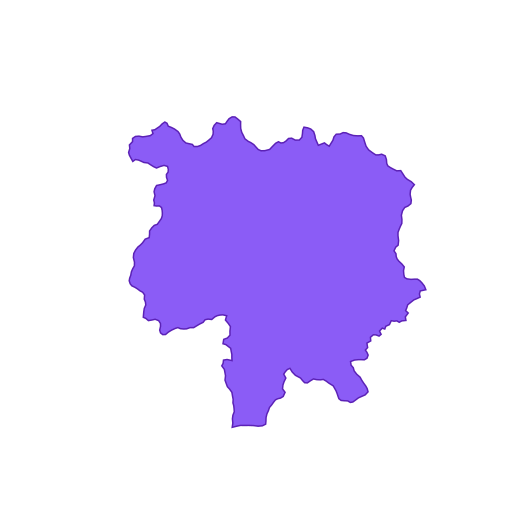 Três Corações, Minas Gerais, Brazil, rotated 32°
{"feature_id": "56859067B1286472531500", "entity_name": "Três Corações", "entity_type": "district", "adm_level": 2, "iso_a3": "BRA", "parent_name": "Brazil", "parent_adm1": "Minas Gerais", "projection": "albers", "projection_center": [-45.209, -21.698], "detail": "fine", "context": "isolated", "style": "filled", "palette": "violet", "viewbox_px": 512, "rotation_deg": 32, "n_neighbors": 0, "source": "geoboundaries", "source_scale": "gbopen_adm2", "svg_char_len": 4993}
<svg xmlns="http://www.w3.org/2000/svg" viewBox="0 0 512 512"><g transform="rotate(32 256 256)"><path d="M326.6,413.9L329.8,410.6L332.6,407.9L336.0,405.8L339.8,403.4L343.8,401.1L348.0,399.2L351.4,396.6L353.3,393.5L352.0,390.9L350.1,387.6L348.9,384.0L348.5,380.7L347.7,377.3L348.2,373.8L348.4,370.5L348.7,367.7L350.1,365.5L352.1,363.5L353.5,360.7L352.9,356.2L348.9,354.6L347.2,351.1L346.4,347.7L346.0,343.7L342.1,341.5L342.2,338.6L342.7,335.7L344.3,333.3L348.2,335.2L352.6,336.3L355.4,336.1L358.4,335.9L361.6,337.0L364.4,337.7L366.8,336.4L368.3,332.9L369.9,329.8L373.0,328.7L376.2,326.9L378.5,325.0L381.9,324.9L385.1,325.2L387.6,325.2L390.3,325.2L392.9,326.6L395.3,327.9L397.6,329.6L399.9,331.5L401.9,333.1L404.7,333.4L407.5,332.0L410.5,330.3L413.6,330.2L415.5,328.5L416.7,325.5L418.1,321.9L420.0,319.1L422.2,315.9L423.0,311.8L420.5,309.5L418.0,308.1L414.5,306.7L411.3,305.2L408.5,303.6L404.1,302.9L400.1,301.4L397.7,299.2L394.5,298.2L392.1,295.4L394.7,292.0L397.7,289.7L399.9,288.3L402.9,286.6L404.3,283.9L403.6,280.6L401.1,278.9L398.6,277.8L399.2,274.5L396.2,271.1L398.3,267.2L396.1,264.3L397.3,260.6L399.6,259.3L402.8,258.7L403.6,256.1L400.5,254.2L401.3,250.3L403.9,249.7L403.3,246.8L405.5,243.5L405.0,239.2L407.7,238.1L409.8,236.4L412.6,236.3L414.0,233.8L417.3,231.2L414.9,228.5L415.3,223.7L411.8,223.0L411.4,220.3L410.5,217.0L411.9,213.0L413.1,209.6L414.8,207.2L417.0,203.9L414.7,201.6L413.8,198.6L417.9,194.6L414.6,192.2L410.8,190.8L407.9,190.1L405.2,190.1L402.9,191.5L399.8,193.7L396.1,195.4L393.3,195.5L391.2,193.4L388.9,190.3L387.5,186.7L384.0,185.5L379.9,184.7L377.2,183.7L375.2,182.2L373.5,179.9L370.3,178.5L369.8,174.5L370.8,171.5L368.8,167.4L365.7,163.6L363.9,160.7L363.2,157.3L362.7,154.1L362.4,151.1L360.4,147.7L357.7,144.4L356.3,140.0L356.4,136.0L358.4,133.1L359.6,129.5L358.1,126.3L356.3,124.5L354.0,122.0L352.2,118.3L352.1,115.1L352.5,111.6L348.3,110.7L343.6,110.8L340.5,110.2L337.2,108.6L333.5,106.9L330.2,109.2L326.2,109.6L322.8,109.8L320.0,109.7L317.8,108.2L315.5,105.1L312.5,102.6L308.6,103.1L306.4,105.3L304.0,106.8L299.8,106.7L295.2,106.3L291.2,104.6L287.6,101.6L284.6,99.0L281.7,98.1L278.6,100.2L274.8,102.2L270.8,103.3L267.2,103.8L264.5,105.2L262.7,108.0L259.5,110.2L259.0,113.6L259.9,117.2L259.9,121.0L259.9,124.1L256.8,124.1L254.1,123.8L252.4,126.1L250.2,129.1L247.4,127.2L244.2,125.0L242.1,122.6L239.0,120.0L235.2,119.3L232.0,119.9L228.4,121.3L229.0,124.7L230.5,127.5L232.0,131.0L231.3,134.7L227.9,136.9L223.8,137.2L221.3,139.1L220.5,142.6L219.3,145.3L217.2,147.0L214.5,147.2L212.9,150.0L211.9,154.4L211.1,158.4L207.7,162.0L204.5,164.1L201.4,164.5L198.5,163.7L195.1,162.7L191.5,162.6L188.7,162.9L184.5,162.5L181.6,160.6L178.4,158.7L175.5,156.0L173.6,153.2L171.7,150.1L167.7,149.5L164.5,149.2L162.0,150.7L160.4,153.8L160.1,157.0L160.0,160.1L157.5,162.2L155.0,162.9L152.0,163.8L151.3,167.4L151.8,170.9L153.6,172.8L155.1,175.5L155.6,179.3L154.6,182.6L153.5,185.8L151.8,188.6L150.4,191.6L148.4,194.1L145.4,196.0L142.9,195.1L140.4,196.0L136.7,197.3L132.8,196.7L129.3,195.0L126.7,193.0L123.9,191.8L119.5,191.5L116.2,191.8L112.8,192.4L110.2,190.6L107.7,190.7L106.4,193.7L105.7,197.1L104.5,199.8L103.3,202.5L101.1,204.5L103.8,206.8L102.6,209.9L99.2,213.0L96.8,215.0L93.2,216.4L90.4,218.5L89.0,221.7L90.7,224.4L89.8,228.9L92.0,231.7L93.1,235.7L95.2,237.6L98.3,239.4L101.4,241.1L102.6,238.1L105.5,236.9L108.1,236.5L111.4,236.1L115.0,234.4L118.3,234.5L121.8,234.5L125.0,234.1L127.3,230.9L130.0,227.9L133.5,226.9L135.8,229.1L137.0,231.5L136.8,234.3L138.4,236.7L140.9,238.7L141.1,241.5L139.5,243.7L136.9,246.4L134.3,248.9L134.5,252.6L135.5,255.5L138.4,258.4L139.6,262.7L141.7,264.8L142.9,267.3L145.2,266.3L147.6,264.7L150.2,265.0L152.2,267.0L153.9,269.3L155.2,271.6L155.9,274.4L155.7,278.1L155.5,281.5L153.5,283.9L152.7,287.3L152.5,291.2L154.1,293.8L155.7,297.0L153.1,300.4L152.8,305.0L152.1,308.1L151.1,310.9L150.7,314.8L151.0,318.6L152.8,322.3L156.2,325.6L158.1,328.8L158.2,332.0L158.7,335.4L160.0,338.7L160.6,341.7L161.6,344.2L164.0,346.2L166.5,347.1L170.0,346.7L172.9,346.7L175.9,347.0L179.1,346.8L182.2,348.1L184.1,351.8L186.6,353.6L188.5,356.0L189.0,359.6L190.3,362.6L191.6,365.2L192.9,367.7L195.7,367.3L199.0,367.8L201.7,365.4L204.0,363.1L207.7,362.4L210.7,363.8L212.3,366.2L213.6,369.9L215.8,371.8L218.6,372.1L220.9,370.5L222.0,367.0L223.7,363.6L225.9,360.2L227.7,358.1L230.4,357.7L233.4,356.2L235.8,354.5L238.0,351.7L241.1,349.8L242.5,347.0L244.2,343.7L246.3,340.3L246.6,337.0L248.8,334.9L252.1,333.3L253.3,329.5L254.7,327.2L256.6,325.3L259.0,323.5L262.8,322.2L264.0,326.5L268.3,327.9L271.7,329.4L273.7,333.5L275.9,336.9L275.2,340.7L272.8,343.8L274.5,347.9L277.5,347.1L280.2,347.4L283.4,347.7L285.5,350.0L287.7,352.3L289.3,354.9L291.1,357.4L286.3,359.1L283.6,361.5L285.0,364.5L285.2,367.3L289.2,368.9L291.7,371.6L293.6,373.7L295.5,377.7L298.4,380.0L301.0,382.0L304.2,382.9L307.8,384.4L310.1,387.0L312.6,389.7L314.3,392.8L316.5,394.8L318.3,397.1L320.1,399.6L320.8,403.3L322.3,406.6L324.9,410.0L326.6,413.9Z" fill="#8b5cf6" stroke="#5b21b6" stroke-width="1.5"/></g></svg>